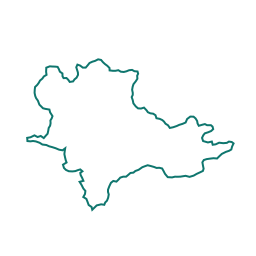 the district of Rio Pomba, Minas Gerais, Brazil, rotated 80°
{"feature_id": "56859067B26609044330298", "entity_name": "Rio Pomba", "entity_type": "district", "adm_level": 2, "iso_a3": "BRA", "parent_name": "Brazil", "parent_adm1": "Minas Gerais", "projection": "robinson", "projection_center": [-43.171, -21.234], "detail": "fine", "context": "isolated", "style": "outline", "palette": "teal", "viewbox_px": 256, "rotation_deg": 80, "n_neighbors": 0, "source": "geoboundaries", "source_scale": "gbopen_adm2", "svg_char_len": 2938}
<svg xmlns="http://www.w3.org/2000/svg" viewBox="0 0 256 256"><g transform="rotate(80 128 128)"><path d="M158.9,31.0L159.8,33.2L159.5,36.8L158.3,40.8L159.3,44.5L159.2,47.5L155.9,47.8L156.1,51.8L153.9,56.3L150.6,56.8L148.2,55.1L146.6,53.3L146.1,49.7L145.4,46.6L143.9,44.3L141.3,44.5L139.6,45.9L139.0,49.6L137.5,51.6L137.7,54.3L138.1,57.9L135.6,58.7L133.1,58.7L130.3,59.8L128.2,61.5L127.6,64.7L129.4,68.2L132.6,70.3L133.4,73.6L133.8,77.0L134.5,79.6L135.1,83.4L135.2,86.8L132.3,88.1L130.3,90.3L127.8,91.5L126.1,92.9L124.5,95.2L123.3,98.3L120.2,98.7L118.3,100.7L117.4,103.5L115.9,105.7L113.9,106.6L110.7,108.7L111.1,111.8L110.4,114.7L108.1,116.6L104.7,118.4L101.4,118.5L98.2,119.0L96.3,117.6L94.2,117.2L91.1,117.3L88.3,116.3L85.8,115.0L83.4,112.3L81.1,110.2L78.1,109.9L76.3,108.6L74.0,108.8L73.2,111.8L71.5,113.9L71.3,116.9L71.9,119.7L72.1,122.4L71.3,125.3L69.4,127.5L69.5,130.4L69.0,133.1L68.1,136.1L65.7,135.8L63.1,137.6L61.0,139.6L58.9,141.2L56.3,142.7L55.2,145.5L56.2,148.8L56.5,151.5L57.3,154.6L59.5,157.1L61.2,159.2L60.7,162.0L58.2,164.3L56.8,166.8L59.2,168.4L62.3,168.0L64.6,167.7L67.0,168.0L69.5,169.9L70.8,172.2L72.6,174.0L72.5,177.4L70.1,178.5L68.1,179.9L67.7,182.8L65.7,183.5L62.9,183.1L60.7,185.3L57.9,185.9L55.6,186.7L54.9,189.1L54.3,191.9L53.7,194.3L54.4,198.0L58.5,198.9L61.5,199.0L62.6,201.9L64.5,203.8L66.0,206.4L68.0,208.0L69.8,209.9L71.5,212.4L74.1,213.2L77.2,213.9L80.4,213.8L82.7,213.3L85.4,212.0L89.6,211.2L91.9,209.6L93.8,208.3L94.8,206.1L96.2,202.2L99.1,202.0L101.2,201.1L103.2,200.3L105.3,201.5L107.1,203.1L109.8,203.4L112.2,204.3L114.2,206.1L116.8,207.0L119.7,208.2L121.6,210.7L123.3,212.7L120.7,215.3L121.2,218.6L119.0,221.4L120.2,225.6L120.2,229.0L123.4,229.3L124.2,226.4L124.3,223.8L125.2,221.1L127.2,217.6L129.4,215.2L130.6,211.3L132.3,208.9L133.7,205.9L135.4,202.7L137.4,199.6L138.6,196.3L137.1,193.4L140.0,194.4L142.7,195.2L146.0,195.1L149.0,194.9L151.3,194.5L152.8,198.4L156.2,198.0L158.5,196.4L160.3,193.8L161.1,190.3L161.3,187.3L160.8,184.8L160.5,182.2L162.7,180.4L163.9,182.8L166.1,182.8L169.2,181.8L172.3,181.1L172.6,185.0L176.1,183.6L179.8,182.5L182.6,180.9L185.5,181.8L188.2,184.0L190.6,181.3L193.6,180.7L197.0,180.1L199.4,177.6L202.3,177.4L200.4,174.6L198.8,172.3L198.5,167.7L199.5,164.7L197.4,163.4L195.9,161.3L193.3,159.7L190.1,158.5L187.5,158.8L185.3,158.4L182.1,156.5L179.0,154.3L177.6,151.7L178.8,148.7L177.0,146.1L175.5,144.2L175.1,141.3L175.6,138.3L174.1,135.7L172.7,133.4L172.9,130.4L171.6,128.2L171.0,124.8L169.1,120.7L168.6,118.1L168.1,115.1L169.4,112.2L170.9,109.1L172.3,106.8L172.6,104.1L173.8,101.4L176.4,100.5L179.6,99.5L183.3,97.4L184.3,93.2L184.1,90.2L184.6,87.7L185.0,84.9L185.1,79.6L186.8,75.9L186.3,71.6L185.1,68.3L184.1,64.5L183.3,61.7L181.2,60.6L178.2,60.7L174.7,60.7L172.7,58.9L172.3,55.9L172.4,52.9L172.6,49.0L173.5,45.6L171.7,43.0L169.8,40.1L168.5,35.7L168.0,32.4L167.1,30.0L164.3,28.7L161.5,26.7L159.8,28.3L158.9,31.0Z" fill="none" stroke="#0f766e" stroke-width="2"/></g></svg>